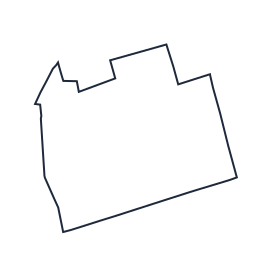 Windham, Connecticut, United States of America, rotated 74°
{"feature_id": "52423323B50324071852307", "entity_name": "Windham", "entity_type": "district", "adm_level": 2, "iso_a3": "USA", "parent_name": "United States of America", "parent_adm1": "Connecticut", "projection": "mercator", "projection_center": [-71.988, 41.832], "detail": "fine", "context": "isolated", "style": "outline", "palette": "slate", "viewbox_px": 256, "rotation_deg": 74, "n_neighbors": 0, "source": "geoboundaries", "source_scale": "gbopen_adm2", "svg_char_len": 718}
<svg xmlns="http://www.w3.org/2000/svg" viewBox="0 0 256 256"><g transform="rotate(74 128 128)"><path d="M209.4,178.7L208.9,157.3L208.8,155.3L208.3,139.9L208.3,139.1L207.8,124.2L207.8,123.7L207.7,119.9L207.6,117.4L206.7,88.0L206.5,78.9L206.0,44.3L205.5,37.0L176.0,36.6L173.6,36.6L148.1,35.7L139.5,35.4L112.6,35.2L99.7,34.5L98.9,34.4L99.9,67.7L81.4,67.5L58.3,68.1L58.0,126.5L76.8,126.6L79.7,165.3L68.9,164.3L64.9,177.2L58.5,177.3L49.4,177.3L45.7,177.2L47.8,179.7L50.3,183.9L60.2,193.2L69.6,202.3L79.3,210.7L81.3,206.0L92.6,208.0L95.0,209.2L141.4,219.4L143.8,219.9L150.9,221.5L152.8,221.6L175.9,218.4L185.2,217.0L210.1,219.0L210.3,211.4L209.4,178.9L209.4,178.7Z" fill="none" stroke="#1e293b" stroke-width="2"/></g></svg>